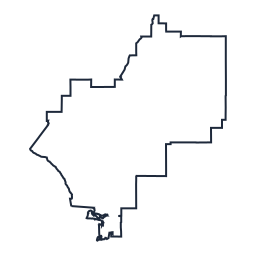 Benito Juárez, Sonora, Mexico
{"feature_id": "50627088B53965479624602", "entity_name": "Benito Juárez", "entity_type": "district", "adm_level": 2, "iso_a3": "MEX", "parent_name": "Mexico", "parent_adm1": "Sonora", "projection": "natural_earth1", "projection_center": [-109.898, 27.098], "detail": "fine", "context": "isolated", "style": "outline", "palette": "slate", "viewbox_px": 256, "rotation_deg": 0, "n_neighbors": 0, "source": "geoboundaries", "source_scale": "gbopen_adm2", "svg_char_len": 5420}
<svg xmlns="http://www.w3.org/2000/svg" viewBox="0 0 256 256"><path d="M158.6,15.4L154.2,15.4L153.3,19.0L152.7,19.0L152.3,20.0L152.7,23.3L152.3,23.9L151.7,24.5L151.3,24.7L151.2,36.5L141.2,36.5L141.5,37.6L140.8,38.5L139.7,39.3L139.3,39.8L137.6,42.2L136.2,43.3L136.2,51.5L136.3,55.3L129.8,55.4L129.4,56.2L128.6,58.3L128.2,62.7L127.3,64.4L126.7,65.2L126.0,65.9L125.4,66.4L125.2,67.1L124.6,69.6L121.7,74.3L120.3,76.4L120.9,76.9L120.5,77.4L120.9,77.8L121.9,79.6L114.8,79.5L114.8,86.9L98.9,87.0L91.1,87.0L91.2,79.5L89.6,79.6L86.7,79.7L70.4,79.6L70.5,87.0L70.5,91.8L70.5,95.8L61.8,95.8L61.8,99.9L61.6,111.9L46.8,111.9L46.8,121.0L47.3,121.0L47.6,120.9L47.8,120.8L48.2,120.7L48.0,121.7L48.0,122.2L48.1,122.7L48.4,122.9L48.7,123.2L48.4,123.8L47.7,125.1L47.9,125.2L47.6,125.6L42.0,133.0L40.3,135.3L40.1,135.5L38.6,137.6L32.0,146.3L30.1,148.8L30.2,149.3L30.4,149.8L31.0,150.4L31.1,150.6L31.5,150.8L32.1,151.0L32.4,151.3L32.8,152.1L33.3,152.5L33.5,152.7L34.1,153.0L34.3,153.0L35.0,153.4L35.6,153.6L36.7,154.6L37.1,154.7L38.4,155.2L39.1,155.6L39.5,155.7L40.0,156.0L40.7,156.5L41.7,156.8L44.5,157.0L45.3,157.1L45.7,157.2L46.0,157.4L46.8,157.5L47.0,158.5L47.3,159.6L47.5,160.2L48.0,160.8L48.5,161.2L49.6,161.6L49.7,161.9L50.3,162.4L50.6,162.6L51.2,163.5L51.4,163.7L52.4,164.5L52.9,165.2L53.9,165.9L54.1,166.0L54.4,166.2L54.8,166.5L55.6,166.8L55.8,167.5L56.2,168.0L56.6,168.8L57.1,169.3L58.1,170.5L58.3,171.0L59.6,171.7L60.0,172.3L60.4,173.1L61.1,174.0L61.3,174.7L61.6,175.2L62.0,175.6L62.3,176.2L62.6,176.7L63.0,177.2L63.2,177.6L63.5,178.2L63.8,178.5L64.0,178.7L64.3,178.7L64.4,178.8L65.6,182.3L65.5,183.4L65.6,183.8L65.8,184.2L66.1,184.6L66.7,185.2L67.1,185.7L67.7,187.1L68.4,188.0L68.9,188.8L69.1,189.8L69.3,190.6L69.6,191.5L70.1,192.2L70.3,192.3L70.3,192.5L70.8,193.1L71.2,193.3L71.5,193.9L72.0,194.5L72.0,194.9L71.8,195.6L72.0,196.7L72.0,197.2L71.9,198.4L71.7,198.7L71.2,198.8L70.5,198.7L70.0,198.7L71.3,206.3L71.3,206.2L71.6,206.1L93.4,207.7L93.2,207.9L93.2,208.0L93.3,208.2L93.4,208.3L93.6,208.4L93.9,208.4L94.1,208.6L94.4,208.8L94.4,209.1L94.5,209.7L94.6,210.5L94.4,211.0L93.7,212.3L93.4,212.8L93.2,213.1L93.6,213.2L93.9,213.3L94.4,213.3L94.9,213.3L95.1,213.7L95.9,214.0L96.3,213.6L96.5,213.6L96.8,213.7L97.0,213.7L97.5,214.0L97.8,213.9L98.0,214.0L98.4,214.3L98.6,214.4L98.9,214.2L99.1,214.3L99.3,214.5L99.7,214.7L100.4,215.0L100.7,215.3L101.2,215.5L101.7,215.6L102.3,215.5L102.5,215.5L102.8,215.7L103.0,215.7L103.4,215.6L103.8,215.1L104.6,214.6L104.8,214.6L105.2,214.4L105.3,214.5L105.5,214.6L105.8,214.6L106.0,214.8L106.2,214.7L106.5,214.7L106.9,214.6L107.1,214.5L107.3,214.6L107.1,215.4L107.2,215.5L106.9,215.5L106.4,215.7L106.1,215.7L106.0,215.9L104.7,216.6L104.5,216.9L104.4,216.9L104.3,216.7L104.1,216.7L103.9,216.8L103.7,216.9L103.5,217.1L103.4,217.4L103.3,217.9L103.1,218.2L102.8,218.4L99.8,216.9L99.4,218.5L97.6,217.8L96.5,216.4L95.2,215.4L94.0,215.7L93.9,215.3L93.4,215.2L93.2,215.0L92.9,214.8L92.6,214.6L92.3,214.2L92.1,213.7L91.8,212.8L91.9,211.9L92.0,211.5L92.0,211.3L91.3,210.8L90.9,210.6L90.5,210.6L90.3,210.6L89.5,211.1L89.2,211.0L88.3,211.8L88.2,212.4L87.9,212.8L87.9,213.1L88.0,213.4L88.2,213.6L88.0,213.8L87.9,214.0L87.9,214.4L87.7,215.8L86.6,218.1L87.0,218.3L87.8,218.4L88.1,218.4L90.3,218.4L92.0,218.6L92.4,218.4L92.8,218.5L93.4,218.6L94.4,219.0L94.7,219.3L94.9,218.8L98.9,220.0L100.4,220.1L102.5,221.2L102.1,221.6L102.0,221.8L102.0,222.0L102.4,222.1L102.6,222.1L102.9,222.3L103.1,222.2L103.4,222.5L103.5,222.7L103.4,222.9L103.1,222.9L102.8,223.4L102.0,223.4L101.9,223.5L102.2,223.7L102.4,223.8L102.5,224.1L102.6,224.4L103.0,224.6L103.1,225.0L103.0,225.3L102.9,225.2L102.7,225.3L102.4,225.3L102.2,225.0L101.9,225.5L101.9,225.1L102.1,224.9L102.1,224.6L101.9,224.5L101.8,224.3L101.0,224.7L100.8,224.6L100.7,224.7L100.2,224.6L99.9,224.7L99.7,224.5L99.5,224.3L99.4,224.3L99.2,224.5L99.0,224.3L98.8,224.0L98.6,223.9L98.4,223.9L98.5,223.9L98.6,224.0L98.8,224.5L99.0,225.8L99.1,228.8L99.2,233.2L99.3,234.3L99.3,234.5L99.3,235.0L99.4,235.5L99.5,235.6L99.5,236.0L99.8,236.3L100.1,236.4L100.5,236.2L100.8,236.0L100.8,235.9L102.0,235.9L101.8,236.0L101.5,236.5L101.4,237.1L101.2,237.5L100.9,237.4L100.2,237.4L99.9,237.7L99.6,237.8L99.1,237.6L98.1,237.0L97.9,237.1L97.4,238.1L97.1,239.3L96.9,240.1L97.0,240.4L97.5,240.6L97.7,240.4L97.8,240.1L97.9,239.8L98.7,239.8L99.1,239.8L99.2,239.7L99.2,239.4L99.4,239.2L99.7,239.1L100.0,239.2L100.2,238.9L100.4,238.9L100.6,239.0L100.6,238.5L100.8,238.5L101.2,238.4L101.5,238.6L101.6,238.9L101.6,239.3L101.4,239.4L101.2,239.5L101.2,239.8L101.5,239.8L101.7,239.7L102.6,239.4L103.1,239.2L103.7,239.2L103.9,239.3L104.1,239.1L104.6,238.9L104.9,238.9L105.2,238.4L105.4,238.1L105.4,237.8L105.8,237.8L106.1,238.0L106.7,238.5L106.8,238.9L106.9,239.0L108.5,238.1L109.4,232.7L111.5,232.7L111.5,232.3L112.6,232.2L112.6,234.1L111.2,233.5L111.2,236.5L121.2,236.6L121.1,231.4L120.8,227.4L120.8,222.5L121.2,222.2L121.2,216.2L118.3,216.0L121.3,215.7L121.3,208.3L136.2,208.3L136.1,184.2L136.2,180.3L136.2,176.4L136.4,176.2L136.5,175.9L166.1,176.1L166.1,168.2L166.0,144.1L170.6,144.1L170.6,142.4L196.0,142.4L196.1,142.5L199.2,142.5L211.1,142.4L211.0,127.9L222.0,127.9L222.0,119.8L225.6,119.8L225.6,115.9L225.7,107.5L225.6,95.9L225.9,95.6L225.9,79.6L225.8,60.3L225.8,47.4L225.8,36.2L221.9,36.3L210.9,36.3L210.9,36.2L200.8,36.2L200.3,36.1L200.1,36.1L192.4,36.1L181.1,36.2L180.8,36.4L180.9,31.6L166.2,31.6L166.1,30.2L166.1,23.4L158.6,23.3L158.6,15.4Z" fill="none" stroke="#1e293b" stroke-width="2"/></svg>